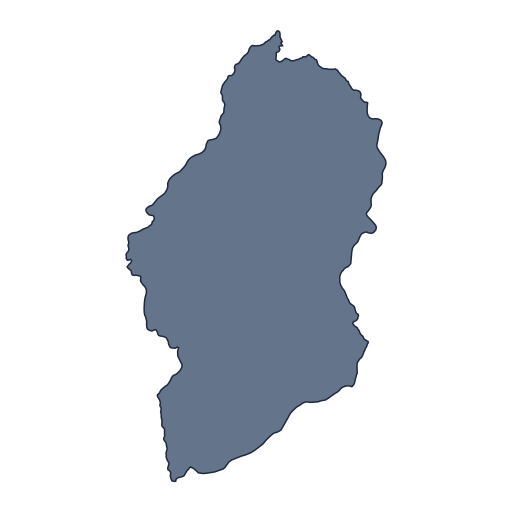 the district of Tailândia, Pará, Brazil
{"feature_id": "56859067B75953677181340", "entity_name": "Tailândia", "entity_type": "district", "adm_level": 2, "iso_a3": "BRA", "parent_name": "Brazil", "parent_adm1": "Pará", "projection": "albers", "projection_center": [-48.744, -2.903], "detail": "fine", "context": "isolated", "style": "filled", "palette": "slate", "viewbox_px": 512, "rotation_deg": 0, "n_neighbors": 0, "source": "geoboundaries", "source_scale": "gbopen_adm2", "svg_char_len": 6017}
<svg xmlns="http://www.w3.org/2000/svg" viewBox="0 0 512 512"><path d="M219.2,121.6L219.5,123.3L220.7,126.0L220.9,128.8L220.5,130.7L219.6,133.2L218.8,134.8L217.2,137.1L216.2,138.2L214.9,138.8L212.2,139.6L209.3,140.0L207.9,140.8L206.3,144.2L205.8,147.0L205.4,148.4L203.9,150.9L201.5,152.8L199.0,154.0L195.0,155.2L191.2,157.4L190.0,158.4L188.1,160.4L185.4,165.3L183.5,167.7L180.3,171.1L179.1,172.1L176.5,173.3L174.1,174.7L170.5,178.0L169.6,179.0L168.2,181.9L167.7,183.5L167.8,186.5L167.0,189.5L164.9,193.0L163.9,194.0L157.7,198.6L152.9,204.5L151.7,205.4L148.9,206.4L146.6,208.3L145.9,209.7L146.1,211.0L146.6,212.2L148.6,214.5L149.9,215.1L153.2,215.6L154.0,216.9L154.3,218.2L154.0,219.6L153.4,220.7L152.4,221.7L151.5,224.5L149.1,226.1L148.0,227.2L142.5,229.4L139.7,231.1L136.9,232.3L133.2,232.8L131.6,233.2L129.1,234.8L128.3,236.0L128.0,237.6L128.0,239.1L128.8,242.6L128.0,245.6L128.9,248.8L128.5,250.6L127.9,251.8L126.6,253.2L126.0,254.8L126.4,256.2L126.2,258.4L127.4,260.3L129.0,260.0L130.5,259.4L131.5,260.5L131.2,262.1L130.3,263.3L129.0,264.4L127.1,266.9L128.1,268.2L131.1,270.7L131.7,273.9L132.4,275.0L134.1,275.4L135.7,275.1L139.2,275.8L140.5,276.3L140.8,277.5L140.5,280.7L141.1,282.1L143.4,285.2L144.7,286.4L146.3,289.4L146.4,292.4L146.1,294.2L145.1,297.5L144.5,301.4L144.1,308.4L144.2,312.0L144.7,315.2L145.5,316.6L146.4,320.0L146.7,322.0L146.5,324.2L146.9,327.7L147.7,329.3L149.1,330.1L150.8,330.8L152.2,330.9L154.8,329.7L156.1,330.0L156.9,331.2L158.0,334.3L158.7,335.4L160.0,335.9L163.1,336.5L164.9,337.0L166.3,337.9L168.2,341.4L168.7,344.4L170.1,347.3L171.4,347.9L172.8,347.9L174.2,348.2L175.7,348.1L177.2,347.1L178.6,347.7L177.6,351.1L177.8,356.1L181.0,362.7L181.8,363.9L182.0,365.3L182.0,366.9L180.4,370.0L179.2,371.4L177.2,373.4L175.7,374.5L173.5,375.4L172.4,376.4L171.6,377.6L170.3,380.5L168.4,383.6L167.4,384.9L165.5,386.1L161.6,389.4L160.7,390.4L159.2,393.4L157.5,394.6L157.4,396.2L159.5,399.9L160.3,402.2L160.3,403.6L159.9,404.8L160.1,406.3L161.1,407.5L161.0,410.2L160.6,412.1L161.1,413.6L161.3,417.6L162.0,420.8L161.8,425.4L162.4,426.8L163.7,427.9L164.6,429.3L164.5,434.2L164.8,435.8L164.1,437.2L163.6,438.8L164.2,440.4L166.1,442.9L166.6,446.5L167.1,447.8L167.1,449.1L166.0,453.0L166.3,455.4L166.1,456.7L166.9,459.6L168.4,462.0L169.0,463.4L167.7,468.3L168.0,469.8L169.2,470.5L170.2,471.6L170.7,473.1L170.3,475.8L171.0,478.6L171.9,480.8L173.8,481.3L175.7,481.3L176.0,479.5L176.8,478.4L178.3,477.6L181.5,476.9L183.9,475.9L187.1,470.6L188.3,469.5L190.3,466.9L193.5,468.5L196.4,470.8L198.2,472.8L202.8,473.5L205.8,473.3L214.4,472.0L223.1,469.0L225.0,467.4L229.0,461.9L232.0,459.8L241.4,456.1L245.6,454.9L250.9,452.7L255.1,450.0L262.9,444.0L266.2,440.0L270.9,435.4L273.7,433.2L277.4,432.1L280.8,430.2L282.7,427.1L288.4,417.0L289.0,415.6L290.8,412.8L294.2,409.3L296.7,407.0L300.9,404.5L302.3,403.3L303.6,402.7L306.2,401.8L308.4,402.0L310.1,402.4L315.7,402.0L318.0,401.8L321.2,400.7L325.1,400.1L327.7,398.6L335.4,393.1L336.7,392.5L339.0,390.7L340.8,388.5L342.4,387.4L345.0,386.2L347.8,385.8L349.3,385.9L351.8,386.7L353.6,384.8L354.3,383.6L356.5,374.7L357.2,373.4L357.0,365.2L357.1,363.7L357.7,361.9L359.8,358.9L361.0,358.0L361.8,357.0L363.0,354.5L363.9,351.9L364.8,350.3L365.3,348.8L366.8,346.1L367.3,344.2L368.1,343.0L368.2,341.6L364.2,339.2L362.8,336.1L361.7,335.4L359.9,333.2L359.6,331.7L358.9,330.4L357.8,329.0L357.1,327.6L354.6,326.0L352.8,323.7L353.0,322.2L355.7,320.8L357.0,319.7L357.8,318.5L357.9,317.1L358.5,315.8L358.1,314.3L356.8,313.5L356.0,312.5L355.0,309.4L354.8,308.1L354.1,306.4L351.5,304.4L350.3,303.7L349.6,302.5L348.3,299.7L346.8,297.0L346.4,295.5L344.4,290.8L342.3,288.1L340.8,285.4L339.9,282.6L339.7,276.8L340.7,273.5L342.1,271.3L343.4,270.2L344.1,269.0L345.2,268.1L346.4,267.2L347.8,266.9L350.0,264.6L350.8,263.3L351.7,252.3L352.4,248.6L353.1,247.0L354.2,245.3L357.3,242.3L358.2,240.9L359.8,236.8L361.3,234.2L362.4,233.3L365.3,232.1L366.9,232.2L368.2,232.8L371.3,233.3L373.3,232.7L375.6,230.3L376.0,229.0L376.3,227.7L376.0,226.1L374.9,224.3L369.8,218.6L368.7,217.7L366.6,215.1L366.4,213.5L367.1,212.1L368.1,211.1L370.7,207.3L371.2,205.3L371.0,199.0L371.5,197.3L372.4,195.0L373.6,193.2L376.1,190.7L378.7,187.3L381.2,184.7L381.8,183.4L382.4,177.7L382.3,173.5L382.6,172.3L383.5,169.9L384.5,168.3L385.3,166.4L386.0,163.9L385.6,160.5L383.6,156.9L379.4,151.4L377.7,148.6L377.1,147.3L376.8,145.9L377.0,143.8L377.8,140.5L378.6,134.7L380.2,128.2L381.8,124.3L382.1,122.9L381.8,121.5L380.8,120.3L379.2,119.3L377.0,118.8L375.2,118.7L373.2,119.0L371.7,118.7L370.1,118.1L369.0,117.1L368.1,115.6L367.4,113.7L367.2,112.3L367.1,108.9L367.6,102.6L366.0,102.2L364.4,102.1L362.3,100.2L361.3,98.9L360.5,97.5L361.0,94.6L360.6,93.1L359.9,91.8L358.7,90.9L356.6,90.3L353.6,90.1L352.2,89.2L349.9,85.4L349.1,84.4L348.1,81.5L346.8,81.0L345.7,79.6L345.1,78.1L343.9,77.4L341.0,75.0L340.1,73.6L339.0,72.7L337.6,70.3L336.4,69.7L335.4,68.9L332.6,69.4L331.3,69.2L329.5,69.4L326.6,68.8L323.7,68.7L322.2,68.0L320.7,67.1L318.5,65.3L317.9,64.1L317.3,62.6L317.0,61.0L316.3,59.7L315.0,59.3L313.1,57.4L311.6,56.9L309.6,55.0L308.3,54.6L306.0,56.7L304.6,56.9L303.0,56.7L301.9,57.9L300.6,58.2L299.4,58.9L297.8,59.5L296.5,59.7L293.6,60.8L290.6,60.7L289.4,59.5L288.0,59.3L286.7,58.5L285.1,58.5L283.2,60.3L280.8,61.6L279.4,62.0L276.1,60.0L275.8,58.7L276.2,56.8L276.3,52.6L277.8,52.0L279.2,51.0L279.9,49.3L279.0,47.6L279.2,46.2L282.5,45.7L280.8,42.9L282.2,41.8L279.9,36.7L280.1,34.7L279.7,32.1L277.9,30.7L276.7,31.3L275.3,33.9L275.1,35.2L273.8,35.2L271.6,37.3L269.8,39.7L268.4,40.2L267.2,41.3L265.5,42.0L264.6,43.2L263.4,44.1L259.3,45.7L257.6,45.6L256.2,46.0L252.2,45.5L250.8,46.6L249.3,48.7L248.5,51.6L246.8,54.0L244.4,55.7L241.7,58.8L239.5,62.4L238.5,63.4L235.8,64.5L234.7,65.9L234.5,67.7L234.9,69.3L234.8,70.9L234.4,72.2L233.5,73.7L231.6,75.6L229.1,75.6L228.0,76.5L227.8,77.9L227.1,79.3L225.3,81.4L222.7,85.1L221.9,87.7L220.8,92.2L221.2,93.5L222.1,94.6L222.4,96.1L222.5,99.8L222.9,101.1L224.0,102.1L224.9,104.9L224.1,107.9L223.8,112.6L221.1,115.9L220.3,118.6L219.2,121.6Z" fill="#64748b" stroke="#1e293b" stroke-width="1.5"/></svg>